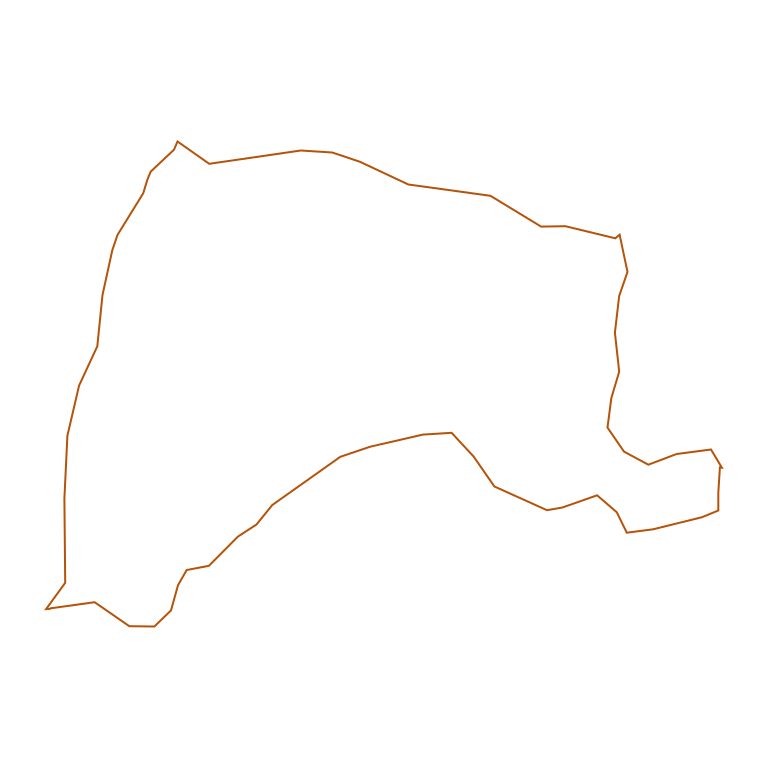 SVG path tracing the border of Yunlin
{"feature_id": "TWN-1176", "entity_name": "Yunlin", "entity_type": "County", "adm_level": 1, "iso_a3": "TWN", "parent_name": "Taiwan", "parent_adm1": "", "projection": "equal_earth", "projection_center": [120.426, 23.673], "detail": "fine", "context": "isolated", "style": "outline", "palette": "amber", "viewbox_px": 768, "rotation_deg": 0, "n_neighbors": 0, "source": "natural_earth", "source_scale": "10m", "svg_char_len": 885}
<svg xmlns="http://www.w3.org/2000/svg" viewBox="0 0 768 768"><path d="M46.1,609.1L65.2,582.8L64.4,498.6L67.4,435.7L79.1,385.5L97.3,346.3L102.5,295.0L112.3,250.2L117.5,234.9L143.2,193.3L147.5,179.3L150.7,171.6L174.0,149.7L177.5,141.5L209.2,163.8L300.8,150.5L332.2,152.5L360.0,161.8L408.3,184.5L490.4,195.8L541.1,226.6L565.3,226.2L615.3,238.3L619.6,234.7L627.5,271.9L619.2,295.9L614.9,332.6L619.2,371.7L611.3,398.2L607.5,427.6L624.0,451.6L648.3,464.7L676.6,454.0L711.0,449.5L721.9,467.7L719.9,467.4L718.3,492.9L718.3,510.5L702.0,517.2L653.1,529.3L626.8,532.7L616.8,512.3L597.1,495.3L562.4,507.5L547.0,510.2L494.4,486.5L473.6,456.5L451.6,432.8L422.8,434.6L370.2,446.7L340.3,456.8L272.3,505.0L256.5,524.5L237.9,536.6L208.9,565.8L186.7,570.0L178.0,585.2L171.0,610.4L154.4,626.5L129.3,626.2L94.6,602.2L50.6,608.3L50.0,608.8L46.1,609.1Z" fill="none" stroke="#b45309" stroke-width="2"/></svg>